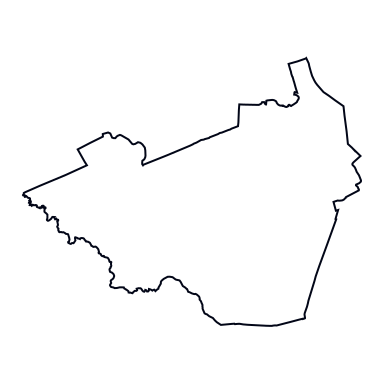 Butimanu, Dâmbovita, Romania (Albers equal-area conic projection)
{"feature_id": "2599482B27210810960629", "entity_name": "Butimanu", "entity_type": "district", "adm_level": 2, "iso_a3": "ROU", "parent_name": "Romania", "parent_adm1": "Dâmbovita", "projection": "albers", "projection_center": [25.868, 44.685], "detail": "fine", "context": "isolated", "style": "outline", "palette": "ink", "viewbox_px": 384, "rotation_deg": 0, "n_neighbors": 0, "source": "geoboundaries", "source_scale": "gbopen_adm2", "svg_char_len": 5913}
<svg xmlns="http://www.w3.org/2000/svg" viewBox="0 0 384 384"><path d="M220.9,324.9L231.8,323.9L234.4,323.7L234.8,324.1L235.3,324.1L238.4,323.8L238.9,323.9L239.6,323.8L243.2,324.4L247.9,324.8L267.0,325.8L271.9,325.9L273.0,325.6L275.0,325.4L276.6,325.5L290.6,321.9L299.6,319.5L302.9,318.7L303.0,319.0L304.8,318.4L305.0,318.2L305.0,317.6L304.5,314.6L304.7,313.2L307.0,306.7L307.9,303.3L308.4,300.8L314.5,280.9L315.7,276.4L319.2,266.2L327.2,244.3L336.2,219.3L335.5,219.0L338.1,210.0L335.9,210.7L333.5,201.9L337.7,200.5L339.0,200.7L340.4,200.6L342.1,200.4L342.9,200.1L344.1,199.4L345.3,198.1L345.7,197.9L345.8,197.4L346.0,197.1L358.8,190.4L358.9,189.3L358.3,188.7L357.9,187.2L356.0,185.4L356.1,184.6L359.2,183.2L360.9,181.6L361.0,180.4L359.0,175.3L356.6,171.7L356.1,170.2L355.1,167.9L354.4,166.8L352.6,165.0L352.4,164.6L352.4,164.1L352.5,163.5L353.6,162.2L360.5,156.0L354.2,149.9L354.2,150.1L352.0,147.7L347.9,144.0L346.6,131.4L344.5,115.5L343.5,106.2L335.2,100.4L329.1,95.9L323.5,92.1L317.3,85.0L315.5,82.6L314.2,80.3L312.1,75.9L310.8,71.7L309.2,65.8L308.9,64.1L308.6,63.1L306.2,58.1L305.8,58.5L297.5,61.4L288.6,63.9L290.2,69.6L290.9,71.6L291.3,73.8L292.3,76.7L292.6,76.9L293.7,80.9L294.0,81.7L295.8,88.2L297.2,92.7L294.7,92.1L294.5,92.3L294.2,94.6L295.1,94.7L296.7,95.2L298.3,96.5L298.7,97.2L298.8,97.9L298.6,98.9L297.3,101.0L297.0,101.9L296.0,102.8L293.3,104.6L292.1,105.3L291.1,106.0L290.5,105.8L289.6,104.9L288.8,104.9L288.2,105.5L288.2,106.2L286.6,107.0L285.3,106.8L284.1,106.1L282.7,106.0L282.7,105.5L280.6,105.6L279.6,105.4L278.3,104.7L277.6,104.0L276.7,102.8L276.3,101.7L275.7,101.0L273.8,100.1L272.2,99.9L267.5,100.4L266.4,100.7L266.1,104.3L266.0,104.5L265.5,104.3L264.9,103.6L264.7,102.5L264.0,102.0L263.1,102.3L262.2,102.1L261.2,103.7L258.8,104.9L243.5,104.6L239.3,104.4L238.9,109.7L238.4,122.6L238.0,126.2L231.4,128.7L230.2,129.5L228.4,130.0L221.8,132.6L219.8,133.0L218.0,134.1L209.7,137.3L209.2,137.9L208.6,138.1L204.8,139.1L203.8,139.6L201.1,140.0L196.5,142.6L193.5,143.8L193.1,144.2L190.2,145.6L166.8,155.4L143.5,164.7L143.0,165.3L142.2,164.1L142.2,162.3L142.4,160.7L144.2,159.4L145.2,157.4L145.5,155.7L145.3,150.4L144.8,147.6L142.4,144.4L140.4,142.8L138.0,142.2L135.2,143.9L133.3,144.3L132.2,143.9L128.5,139.5L121.4,135.4L119.9,134.9L117.7,135.8L116.6,136.6L115.4,138.1L113.6,138.1L112.1,137.6L110.3,133.5L108.1,132.5L102.8,134.0L102.9,136.6L90.2,142.9L77.7,149.4L84.5,161.5L86.9,165.3L66.1,174.8L39.8,185.8L25.2,192.2L23.8,193.0L23.7,194.7L23.1,194.9L23.0,195.1L23.2,195.4L24.8,195.3L25.2,195.6L25.2,195.9L24.7,196.6L24.8,196.9L25.1,196.9L26.4,196.2L27.9,197.7L28.3,197.9L29.6,198.1L30.0,198.5L30.1,199.8L29.2,200.6L29.3,200.8L30.6,201.0L30.8,201.3L30.9,202.0L30.4,202.5L30.0,202.7L29.2,202.4L29.0,202.5L28.9,202.8L30.0,203.5L30.2,203.9L29.7,205.1L30.0,205.2L30.4,205.1L30.7,204.5L31.3,204.4L31.6,204.6L31.6,205.5L31.8,205.8L32.4,205.3L32.6,204.8L33.3,204.9L33.9,205.3L35.8,205.0L36.6,205.3L36.9,205.8L36.7,206.4L36.9,206.9L38.7,207.7L39.5,207.5L39.7,208.1L39.9,208.2L40.3,207.4L40.6,207.3L41.4,207.8L41.7,207.7L41.9,207.5L41.9,207.2L41.8,206.6L41.9,206.0L42.8,205.7L43.5,205.8L43.8,206.2L43.9,206.6L43.6,207.7L43.9,207.9L45.1,207.3L45.4,207.4L45.6,208.0L45.1,208.6L44.6,208.9L44.4,211.1L44.5,211.8L44.7,212.1L46.3,213.4L47.4,214.6L47.4,218.1L46.9,219.7L47.0,220.1L47.2,220.3L48.0,220.8L49.2,220.3L51.1,218.8L52.3,217.0L52.7,216.9L54.2,217.0L53.9,217.3L54.1,217.6L54.4,217.7L55.1,219.3L55.8,219.2L56.2,218.7L56.8,219.4L58.1,219.8L58.2,220.3L58.0,220.8L57.4,220.9L57.2,221.2L57.5,222.3L58.0,225.0L57.2,226.7L57.7,227.8L58.4,228.5L58.5,228.7L58.2,230.0L58.8,231.0L58.8,231.6L59.2,232.0L59.7,232.2L61.1,232.0L62.2,232.4L63.3,232.2L64.6,232.8L65.8,233.8L67.1,234.0L68.1,234.3L69.1,237.5L69.5,239.5L69.0,241.5L68.4,241.8L68.1,242.1L68.3,242.8L68.6,243.0L70.5,243.9L70.9,243.9L72.1,243.0L73.4,243.2L73.7,243.0L75.4,240.5L75.0,238.1L75.1,237.4L75.5,237.3L77.1,237.9L77.5,238.1L77.7,238.4L79.2,238.7L80.0,239.1L80.5,238.3L81.1,238.1L81.9,238.0L83.5,238.3L84.1,238.8L84.6,239.8L85.7,240.7L85.7,241.3L85.9,241.5L88.0,241.7L88.5,242.1L89.4,242.4L90.1,243.1L90.7,244.3L91.1,245.0L91.3,245.7L92.4,246.2L93.3,246.9L95.5,246.6L95.8,246.7L96.7,247.4L97.7,248.5L98.3,249.3L99.0,251.9L98.6,252.5L98.6,252.9L98.8,253.3L100.4,253.8L100.9,254.3L101.2,255.3L102.2,256.1L102.9,256.2L103.5,255.9L103.9,256.0L104.0,256.7L104.4,257.0L107.4,257.7L108.0,258.1L108.4,258.7L109.2,260.3L109.4,261.4L109.7,261.9L110.4,262.0L111.0,261.9L111.3,262.2L111.0,263.4L111.0,264.3L111.3,265.8L111.0,266.6L110.5,267.1L110.6,267.7L110.4,268.0L109.7,268.8L109.5,269.5L109.6,270.2L109.7,270.3L109.8,270.6L109.8,271.1L110.1,271.9L111.8,272.5L113.4,273.9L114.0,275.2L114.2,276.0L113.6,277.9L113.2,278.5L112.3,279.4L111.4,279.9L110.8,280.6L110.7,281.2L111.2,283.0L110.2,284.6L110.0,285.1L110.1,285.5L110.3,285.9L110.9,286.8L111.2,287.0L113.6,287.5L114.5,288.1L116.9,288.0L119.9,287.3L123.8,287.4L124.3,288.5L124.8,288.7L125.9,289.5L126.2,289.5L128.3,291.1L128.6,291.9L128.6,292.5L129.4,292.7L130.6,292.6L131.5,293.0L132.5,293.2L133.1,292.3L134.7,290.9L136.3,290.9L137.1,290.3L137.0,289.5L136.7,288.7L138.6,288.2L140.5,288.3L141.2,288.7L142.5,290.7L143.4,291.5L144.3,291.7L145.1,290.7L145.3,289.9L146.4,290.3L147.1,291.5L148.2,291.4L148.9,290.5L149.0,289.0L150.7,289.5L152.4,290.6L153.3,289.9L154.4,289.7L155.4,291.1L157.0,289.6L158.4,288.7L158.5,287.6L160.8,283.7L160.9,281.9L161.2,281.3L161.6,280.7L163.7,278.9L167.6,276.8L169.7,276.7L172.6,277.2L175.5,279.4L176.2,279.7L179.1,280.3L179.6,280.5L180.6,281.8L182.8,286.0L185.3,287.6L186.7,289.0L187.1,289.1L188.2,291.8L189.8,292.3L191.9,293.4L193.5,293.9L194.3,294.1L195.6,293.9L197.0,294.7L199.0,296.5L199.4,297.3L199.7,298.5L199.6,299.2L199.7,299.7L200.8,301.0L201.2,301.9L201.8,303.5L202.3,304.4L202.5,305.2L202.4,306.2L202.6,307.2L202.6,308.8L204.6,313.4L206.0,314.1L206.9,314.3L209.2,316.2L212.9,318.0L214.9,320.4L216.8,322.2L220.9,324.9Z" fill="none" stroke="#020617" stroke-width="2"/></svg>